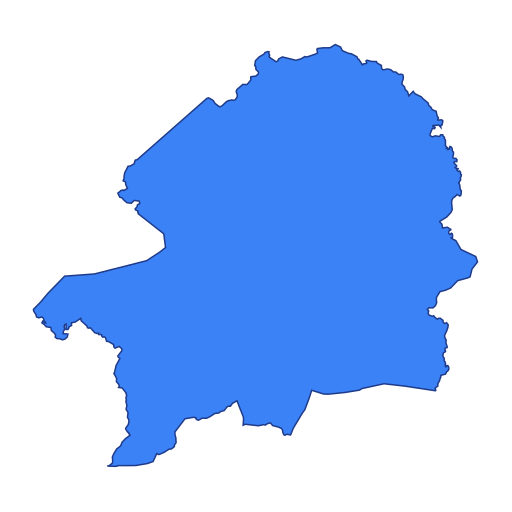 Skaistas pag., Kraslavas, Latvia, rotated 1°
{"feature_id": "27541924B50385925573472", "entity_name": "Skaistas pag.", "entity_type": "district", "adm_level": 2, "iso_a3": "LVA", "parent_name": "Latvia", "parent_adm1": "Kraslavas", "projection": "mercator", "projection_center": [27.39, 55.983], "detail": "fine", "context": "isolated", "style": "filled", "palette": "blue", "viewbox_px": 512, "rotation_deg": 1, "n_neighbors": 0, "source": "geoboundaries", "source_scale": "gbopen_adm2", "svg_char_len": 6025}
<svg xmlns="http://www.w3.org/2000/svg" viewBox="0 0 512 512"><g transform="rotate(1 256 256)"><path d="M437.7,387.6L438.1,387.1L437.4,385.0L440.1,382.8L440.0,380.6L441.6,377.7L442.3,375.0L442.8,374.2L442.9,372.1L447.5,370.8L448.6,368.5L449.8,367.6L450.8,365.8L450.6,363.7L449.7,362.2L448.7,362.2L448.3,363.3L447.5,363.4L447.0,361.5L447.4,360.5L447.1,358.9L446.0,357.4L446.0,355.2L444.5,352.5L445.1,349.5L447.2,348.3L446.9,346.8L446.4,346.0L446.7,344.8L448.7,344.2L448.7,343.2L447.2,339.1L447.6,338.3L447.5,336.5L446.3,334.4L445.9,332.2L448.2,327.0L449.1,324.0L449.4,321.5L447.7,319.4L446.1,320.2L444.3,319.1L444.1,317.1L441.3,315.0L439.7,315.1L438.3,316.0L435.5,313.8L434.7,312.6L433.2,313.2L430.1,312.0L429.1,310.6L429.6,307.9L428.3,306.4L429.8,304.8L433.8,304.8L436.3,302.5L437.5,299.3L437.0,296.2L437.4,293.8L440.6,288.4L446.1,286.9L451.1,284.6L458.1,277.1L467.8,274.3L470.4,273.1L472.2,265.3L477.6,258.0L475.7,252.7L460.8,245.9L455.6,237.2L451.0,234.9L450.8,234.3L452.0,234.2L452.3,232.6L451.9,230.4L450.9,229.8L449.9,231.0L449.3,231.1L448.4,230.0L448.2,228.4L448.7,227.5L450.3,226.5L450.3,226.0L446.8,223.9L442.0,224.7L441.4,221.0L439.1,218.7L439.2,218.1L446.0,213.7L450.2,209.0L451.4,206.2L450.6,199.0L451.0,196.5L452.0,194.5L454.2,193.0L455.9,191.0L458.5,192.4L459.5,192.1L459.9,191.2L460.2,187.3L459.0,185.7L458.5,181.5L457.5,179.6L457.9,179.3L457.6,178.8L459.2,176.6L459.2,175.3L458.8,174.6L459.7,172.8L459.9,171.1L459.0,170.5L459.1,168.8L458.1,167.4L456.8,167.9L455.2,166.4L455.3,165.8L456.3,165.7L456.6,165.1L454.5,164.8L453.6,164.0L454.8,163.1L455.1,162.2L452.8,160.1L452.3,158.8L453.2,158.0L455.0,158.2L455.4,156.4L454.1,154.9L452.2,154.9L451.2,154.2L451.0,153.5L451.7,150.9L451.6,148.7L450.5,147.4L450.2,145.0L449.4,143.7L448.0,143.1L447.5,145.7L446.1,146.2L446.1,145.4L444.8,145.1L445.7,144.5L444.1,143.2L443.5,142.0L443.4,136.7L442.3,135.4L442.4,134.1L440.9,132.7L440.6,131.5L438.4,131.6L437.7,133.0L437.1,133.3L433.2,132.7L430.3,133.8L428.2,132.7L427.9,132.2L427.9,131.0L430.1,125.5L430.8,125.2L431.9,125.7L432.9,124.7L432.7,124.1L430.6,123.4L430.8,122.4L436.5,121.9L438.6,124.2L438.3,122.3L439.7,121.8L440.4,118.4L440.3,117.2L438.9,116.6L435.5,117.0L435.3,116.3L436.0,114.8L434.6,112.6L433.6,108.2L429.6,106.6L428.2,104.1L426.2,102.6L425.4,100.0L419.7,95.4L418.7,94.1L412.0,90.9L410.3,88.6L406.0,93.2L404.6,89.0L402.3,87.0L401.6,84.4L399.0,81.7L399.1,79.3L400.0,76.9L400.2,74.2L399.6,72.2L397.9,71.7L395.5,72.0L392.8,69.7L389.8,69.4L388.0,67.7L385.9,66.9L383.4,66.8L380.6,67.6L379.2,67.3L378.4,66.4L378.0,63.2L373.9,61.1L373.0,59.5L367.9,59.4L363.6,58.3L362.5,59.1L363.3,60.6L363.2,61.5L360.0,62.1L359.0,63.0L355.4,57.6L354.5,57.4L353.4,55.0L347.7,52.1L344.8,51.7L338.8,49.2L336.9,45.6L331.6,43.2L326.3,46.5L319.2,46.7L313.7,47.5L313.3,48.4L314.0,51.8L312.1,53.0L305.2,55.5L303.0,56.1L301.4,55.7L297.7,58.0L292.5,59.6L278.9,56.5L275.2,58.6L274.3,60.7L272.6,61.4L265.8,56.9L265.6,56.4L266.0,55.7L266.0,54.5L265.2,53.2L265.5,51.6L264.2,51.4L261.4,52.4L260.2,54.2L255.9,56.7L252.0,60.8L251.4,65.7L252.4,66.7L252.7,69.5L255.3,72.0L255.1,74.0L252.7,76.1L247.8,76.8L247.5,77.7L247.8,79.2L247.6,80.2L244.8,83.9L243.9,84.7L239.8,84.7L234.2,89.7L233.5,91.0L233.4,92.3L234.4,95.0L234.5,97.1L232.6,100.1L231.4,100.7L228.9,100.4L225.3,101.3L223.4,102.5L219.3,106.6L217.0,107.5L212.5,104.3L210.6,101.4L209.0,100.3L205.8,98.7L204.2,99.2L135.5,161.8L133.7,162.2L133.1,163.4L132.7,165.8L128.8,168.2L126.5,168.5L123.3,175.1L122.7,178.5L122.7,181.1L121.8,183.1L124.2,184.2L124.6,187.1L126.3,190.6L122.6,192.9L121.9,192.3L119.5,193.0L118.5,194.3L117.0,195.1L116.9,196.0L118.8,199.6L121.0,200.2L123.1,202.6L126.1,205.0L130.4,205.4L133.2,202.6L138.2,203.1L138.9,205.6L136.6,206.9L136.2,208.9L134.3,211.1L135.0,212.2L137.0,212.9L137.4,214.0L137.1,214.0L137.5,215.8L163.4,235.4L165.4,249.1L159.8,253.7L146.7,262.6L94.6,276.8L65.0,279.5L48.9,296.6L41.0,306.3L34.4,313.2L34.7,315.0L37.1,318.6L37.6,320.8L39.9,321.6L42.9,320.7L44.2,321.7L44.9,322.7L45.1,324.5L46.6,325.9L46.8,326.6L45.4,326.0L44.9,324.8L44.1,324.6L43.3,326.0L43.1,326.5L43.4,326.9L45.4,328.1L47.5,330.4L52.2,331.1L52.6,334.1L55.1,336.1L57.0,338.4L56.6,340.6L58.3,342.0L61.3,342.2L64.1,343.2L66.8,342.2L68.8,340.1L69.3,337.3L64.5,337.0L64.8,334.5L66.0,332.6L65.4,329.6L66.0,328.0L67.3,327.3L67.5,332.8L69.3,332.7L70.2,331.1L70.2,330.1L72.8,328.7L72.6,326.0L76.4,325.2L81.9,321.4L82.3,323.8L88.4,329.1L88.7,330.6L90.2,331.1L91.6,330.6L96.1,335.5L98.2,336.2L99.8,336.0L99.5,336.5L100.2,337.3L102.9,337.3L103.3,338.9L104.0,339.8L105.9,339.5L106.9,340.3L108.1,343.9L110.0,344.1L115.1,347.0L115.6,349.6L116.7,350.6L120.8,348.8L123.4,351.1L123.6,352.3L123.3,353.3L119.6,358.4L119.9,359.3L121.7,360.8L118.0,368.0L116.4,375.8L116.0,375.9L118.8,380.8L118.6,384.1L120.6,386.2L121.6,388.2L121.6,388.8L120.9,389.8L124.5,390.3L128.6,395.3L128.4,395.4L129.1,397.8L128.4,400.2L129.0,402.5L128.4,403.5L129.5,407.5L128.8,411.5L130.8,414.7L130.3,419.6L131.4,421.3L131.9,423.5L131.2,426.8L128.7,430.5L128.8,431.4L130.6,434.2L131.8,434.8L131.6,435.3L133.2,437.4L128.9,440.7L125.4,444.4L123.9,448.3L120.0,451.4L117.1,456.5L115.9,459.5L116.3,463.6L116.1,465.5L113.0,468.1L111.0,468.6L118.7,468.8L121.2,468.4L121.3,468.0L139.3,467.6L151.1,465.4L156.7,463.3L160.2,455.3L161.9,456.2L162.9,456.0L167.6,453.9L172.3,450.7L174.8,450.4L177.7,448.0L177.8,446.1L179.1,444.6L179.4,443.1L179.0,441.0L179.2,440.0L178.0,435.5L178.1,433.2L187.8,420.0L196.0,418.4L198.7,418.7L198.7,419.4L199.3,420.5L201.3,421.2L205.0,419.1L209.4,419.1L213.0,417.3L217.5,414.2L221.6,413.6L223.4,412.1L226.9,411.1L229.5,407.6L231.0,406.6L233.0,406.7L235.0,403.8L239.5,401.1L246.2,417.3L246.4,419.5L246.1,425.4L248.0,424.5L249.3,424.5L261.3,425.7L266.6,424.5L268.3,424.9L270.4,423.4L273.3,422.6L275.7,425.3L281.6,426.7L284.6,428.1L285.7,430.1L286.0,432.3L287.3,434.6L288.4,434.6L289.6,433.7L293.7,434.3L296.3,427.5L305.3,411.9L307.5,408.9L311.8,396.7L314.0,389.3L326.0,392.8L330.6,392.9L347.4,390.9L361.8,388.3L364.2,386.7L386.2,381.5L407.1,383.5L437.7,387.6Z" fill="#3b82f6" stroke="#1e3a8a" stroke-width="1.5"/></g></svg>